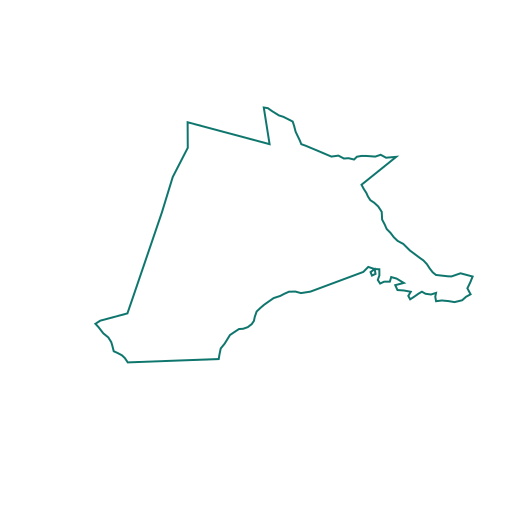 Porto Calvo, Alagoas, Brazil, rotated 327°
{"feature_id": "56859067B31730323010401", "entity_name": "Porto Calvo", "entity_type": "district", "adm_level": 2, "iso_a3": "BRA", "parent_name": "Brazil", "parent_adm1": "Alagoas", "projection": "mercator", "projection_center": [-35.39, -9.034], "detail": "fine", "context": "isolated", "style": "outline", "palette": "teal", "viewbox_px": 512, "rotation_deg": 327, "n_neighbors": 0, "source": "geoboundaries", "source_scale": "gbopen_adm2", "svg_char_len": 1739}
<svg xmlns="http://www.w3.org/2000/svg" viewBox="0 0 512 512"><g transform="rotate(327 256 256)"><path d="M229.2,144.4L200.8,168.2L129.7,224.1L116.9,234.1L90.1,225.4L84.4,225.4L85.2,230.0L85.8,237.6L87.8,243.9L87.7,249.4L86.6,253.1L84.8,258.4L87.0,261.8L89.5,266.3L90.4,270.1L90.5,275.4L168.6,322.1L172.1,318.3L176.1,314.3L181.8,312.5L186.3,310.4L191.1,308.1L196.9,308.0L202.0,308.0L205.5,310.0L210.4,311.2L215.3,310.8L218.9,309.3L221.8,306.4L226.3,302.9L231.6,301.9L236.3,301.3L241.8,301.1L247.9,300.9L254.6,302.7L259.1,303.1L264.2,303.9L269.7,307.3L273.5,311.6L282.2,315.5L337.3,327.8L344.2,326.3L348.4,331.6L352.2,334.3L348.9,339.5L345.1,342.4L345.1,346.7L349.4,347.3L354.3,350.4L357.9,347.3L361.6,351.5L365.3,359.1L356.9,356.3L356.1,361.6L361.3,365.5L366.3,370.3L362.0,372.4L361.7,376.3L366.3,376.3L371.8,376.1L375.7,376.3L377.6,380.0L381.8,383.6L386.9,385.0L384.1,387.9L382.4,392.0L387.6,394.5L392.8,398.6L397.4,402.8L404.8,405.4L410.0,404.6L415.1,405.0L415.7,398.2L421.2,394.9L426.5,391.2L418.1,381.9L408.8,379.6L405.7,377.4L396.6,369.9L395.3,365.9L394.9,361.2L394.9,356.0L394.0,350.9L392.3,346.7L388.1,335.3L386.1,326.1L383.0,320.5L381.8,315.3L381.4,309.9L380.3,304.6L381.1,299.7L381.6,294.2L385.5,287.4L385.5,281.0L384.1,275.6L382.3,271.5L382.3,267.1L382.9,263.2L382.9,258.4L383.3,253.7L427.6,249.2L418.6,244.4L415.7,239.0L410.2,237.6L402.5,231.8L398.7,229.4L394.7,227.7L390.8,228.5L386.9,224.4L382.8,222.1L379.8,216.7L373.4,213.7L357.8,190.7L354.9,186.9L355.7,182.7L356.9,173.4L358.9,167.4L360.0,163.2L354.7,154.1L351.8,150.6L348.3,143.1L346.5,138.5L343.4,135.7L328.3,169.6L271.5,106.6L257.7,128.1L229.2,144.4ZM348.4,331.6L343.3,331.9L342.6,335.6L346.5,336.1L348.4,331.6Z" fill="none" stroke="#0f766e" stroke-width="2"/></g></svg>